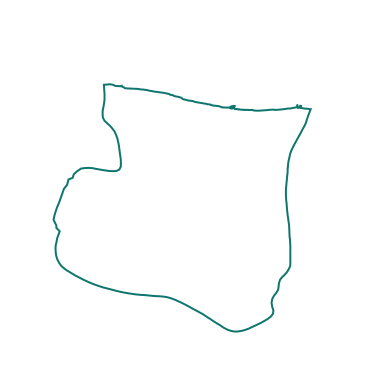 Ash Shihr, Hadramawt, Yemen, rotated 206°
{"feature_id": "15242507B43236633783940", "entity_name": "Ash Shihr", "entity_type": "district", "adm_level": 2, "iso_a3": "YEM", "parent_name": "Yemen", "parent_adm1": "Hadramawt", "projection": "albers", "projection_center": [49.612, 14.934], "detail": "fine", "context": "isolated", "style": "outline", "palette": "teal", "viewbox_px": 384, "rotation_deg": 206, "n_neighbors": 0, "source": "geoboundaries", "source_scale": "gbopen_adm2", "svg_char_len": 5264}
<svg xmlns="http://www.w3.org/2000/svg" viewBox="0 0 384 384"><g transform="rotate(206 192 192)"><path d="M274.7,67.6L273.5,67.3L270.3,66.7L267.0,66.4L265.2,66.2L263.5,66.1L260.1,65.8L250.8,65.6L250.2,65.6L244.8,65.7L239.1,66.1L234.1,66.7L229.2,67.4L229.1,67.5L228.5,67.6L224.6,68.4L220.7,69.2L216.0,70.1L212.7,70.9L209.4,71.7L206.3,72.6L201.7,74.0L197.7,75.3L196.4,75.8L193.1,77.0L190.1,78.3L186.2,79.8L182.3,81.2L178.1,82.9L176.5,83.6L175.1,84.2L171.4,85.6L168.0,86.6L164.2,87.3L160.1,87.7L155.9,87.8L152.6,87.9L148.1,87.8L145.1,87.7L144.1,87.7L140.5,87.4L136.1,87.3L131.9,87.1L128.1,86.9L124.0,86.3L120.1,85.9L116.3,85.3L111.7,84.8L107.7,84.5L104.4,83.9L102.6,83.9L100.0,83.8L95.9,84.3L94.8,84.6L92.6,85.2L89.7,86.7L87.6,88.2L87.0,88.6L84.1,91.0L81.1,94.1L78.6,97.3L75.7,100.8L72.5,104.8L70.2,108.2L68.3,111.1L67.7,112.3L66.5,114.7L65.9,117.5L65.8,118.0L66.9,121.2L67.2,121.5L69.5,123.9L70.8,125.7L72.0,127.4L73.0,131.1L72.9,134.5L72.1,138.0L71.9,140.2L71.7,141.6L72.4,144.1L72.7,144.9L73.8,148.0L73.9,148.4L74.4,151.7L73.7,155.0L72.9,157.0L72.4,158.4L71.5,161.7L71.2,165.2L71.3,168.6L72.5,171.3L72.6,171.6L72.8,172.0L74.5,175.4L76.1,178.7L77.6,181.7L79.1,184.9L80.8,188.1L81.4,189.1L82.6,191.4L84.7,194.6L86.2,197.4L86.5,197.9L88.1,200.9L90.3,204.9L92.5,208.1L94.5,211.2L95.5,212.5L96.5,214.1L98.9,217.9L101.4,222.2L102.3,223.7L103.4,225.4L105.5,229.0L105.8,229.6L107.1,232.1L108.8,235.7L110.0,238.9L111.5,242.8L111.6,243.2L113.2,247.4L114.7,251.6L116.3,255.0L117.3,258.0L117.5,258.3L118.7,261.7L119.4,264.9L120.5,269.3L120.9,272.5L120.9,275.8L120.8,280.9L120.7,283.4L120.4,288.7L120.2,292.2L120.2,292.7L120.1,297.1L120.0,298.6L119.9,300.5L119.9,303.8L120.4,306.8L120.5,307.5L121.1,312.2L121.6,317.9L121.7,318.1L121.7,318.4L122.1,318.2L122.5,318.0L123.1,317.9L123.6,317.8L124.6,317.5L127.8,316.2L129.5,315.7L129.9,315.6L130.3,315.5L130.9,315.4L131.1,315.5L131.3,316.4L131.6,316.9L131.6,317.1L131.8,317.2L133.1,316.7L131.9,317.0L131.7,317.0L131.7,316.8L131.4,316.4L131.2,315.8L131.1,315.3L131.3,315.1L131.5,315.1L131.8,315.0L132.3,314.8L132.5,314.8L132.7,315.5L132.8,315.9L132.7,315.9L132.7,316.0L132.8,316.2L132.8,315.7L132.7,315.5L132.5,314.8L132.5,314.7L133.9,314.0L134.4,314.4L134.5,314.5L135.4,316.1L135.5,316.0L134.7,314.4L134.9,314.3L137.8,312.0L141.1,309.6L141.4,309.7L141.7,309.8L141.5,309.7L143.1,308.6L144.9,307.2L145.9,306.7L147.5,305.6L148.8,304.8L151.3,303.3L153.5,302.1L153.8,302.1L154.4,302.0L157.5,300.3L158.4,299.8L160.6,298.4L164.9,295.9L168.3,294.0L170.0,293.2L172.4,292.3L172.8,292.3L173.0,292.4L174.3,292.0L174.5,291.8L176.1,291.0L176.4,290.9L178.7,289.8L178.8,289.7L179.0,289.7L181.0,288.7L181.1,288.8L181.3,288.8L181.4,288.7L181.5,288.6L181.9,288.4L184.3,287.4L186.2,286.7L186.2,286.8L186.7,286.6L187.7,286.2L187.9,286.2L188.0,286.3L188.9,285.9L189.3,285.6L189.6,285.6L189.9,285.4L190.0,285.3L190.3,285.4L191.6,287.1L191.8,287.2L191.8,286.9L191.7,286.8L191.6,286.7L191.8,286.3L192.2,286.1L191.9,285.9L191.7,285.6L191.9,285.4L192.0,285.4L192.2,285.2L192.3,284.9L192.5,284.7L193.0,284.4L193.4,284.3L193.5,284.3L193.9,284.1L194.3,284.1L194.5,284.1L194.9,284.2L194.9,284.4L194.9,284.6L194.9,284.8L194.8,285.2L194.6,285.4L194.4,285.7L194.1,286.0L193.9,286.3L193.4,286.7L192.8,287.1L192.5,287.3L192.3,287.4L192.1,287.5L191.8,287.6L191.5,287.8L191.3,287.8L191.2,287.8L191.2,288.0L191.3,288.0L191.7,287.8L192.2,287.6L193.1,287.0L194.0,286.4L194.5,285.7L194.8,285.4L195.0,284.8L195.0,284.5L195.1,284.4L195.4,284.2L201.6,281.4L201.8,281.5L202.6,281.2L204.9,281.0L205.8,280.8L208.5,279.9L211.3,278.8L211.5,278.9L212.4,278.7L213.2,278.5L213.4,278.6L213.7,278.6L214.1,278.6L216.4,277.8L216.5,277.6L217.0,277.5L217.4,277.6L229.0,274.2L230.7,274.2L235.8,272.5L237.5,272.3L240.5,271.5L241.9,271.7L242.8,272.1L243.7,271.9L245.1,271.7L250.3,270.4L251.7,270.7L254.3,269.8L255.5,270.1L261.6,268.5L269.4,265.9L275.0,264.3L276.8,264.0L278.5,263.4L280.5,262.8L282.9,261.8L286.2,260.8L291.9,258.3L295.7,256.7L297.4,256.0L298.0,255.9L298.3,256.0L298.8,256.2L299.2,256.2L299.7,256.1L300.0,256.1L300.6,256.2L300.9,256.1L301.0,256.1L301.4,256.1L301.6,256.4L301.7,256.2L301.9,256.0L302.2,255.9L302.3,256.0L302.7,255.8L302.7,255.7L304.6,254.9L305.5,254.5L306.3,254.1L306.6,254.1L307.2,253.9L307.7,253.7L308.0,253.7L308.4,253.7L308.6,253.8L309.3,253.8L309.6,253.7L311.0,253.5L311.3,253.4L311.6,253.3L311.9,253.2L312.1,253.1L312.3,253.1L314.3,252.1L315.4,251.4L315.9,251.1L317.0,250.5L317.3,250.3L318.2,249.8L317.5,248.6L315.8,245.5L314.1,242.7L313.3,241.2L312.6,239.8L311.1,236.6L309.9,233.1L308.9,229.7L308.1,226.4L306.6,223.0L304.8,219.9L301.9,217.7L298.5,216.6L294.9,215.6L291.6,214.2L291.2,214.0L288.3,212.5L285.3,210.1L284.9,209.7L283.8,208.6L282.5,207.4L279.9,204.1L277.7,201.2L275.9,198.4L274.0,195.5L272.0,192.6L270.2,189.9L268.6,186.8L267.1,183.6L267.2,180.3L269.2,177.7L272.3,176.0L275.9,174.5L280.5,173.0L282.5,172.4L285.0,171.7L288.8,170.6L292.0,169.8L295.4,168.4L298.9,166.5L302.0,164.4L304.3,160.4L306.0,156.2L305.5,152.4L308.5,149.1L307.4,143.7L308.5,138.7L306.8,124.2L306.5,118.3L305.4,110.8L304.3,106.4L299.1,102.3L298.2,100.3L293.7,98.7L293.2,94.6L293.1,93.3L292.9,91.3L291.9,87.8L291.1,84.2L289.7,81.0L287.9,77.8L286.0,75.0L283.2,72.1L282.6,71.7L279.8,69.7L278.3,68.9L276.9,68.2L274.7,67.6Z" fill="none" stroke="#0f766e" stroke-width="2"/></g></svg>